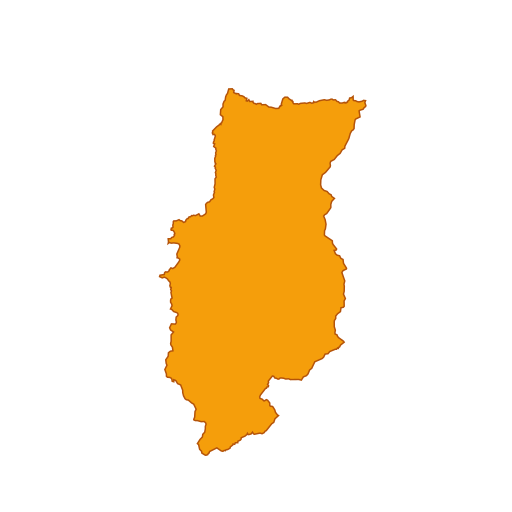 the district of Barbosa, Antioquia, Colombia, rotated 127°
{"feature_id": "7082276B32709171288134", "entity_name": "Barbosa", "entity_type": "district", "adm_level": 2, "iso_a3": "COL", "parent_name": "Colombia", "parent_adm1": "Antioquia", "projection": "albers", "projection_center": [-75.359, 6.439], "detail": "fine", "context": "isolated", "style": "filled", "palette": "amber", "viewbox_px": 512, "rotation_deg": 127, "n_neighbors": 0, "source": "geoboundaries", "source_scale": "gbopen_adm2", "svg_char_len": 6122}
<svg xmlns="http://www.w3.org/2000/svg" viewBox="0 0 512 512"><g transform="rotate(127 256 256)"><path d="M298.8,333.7L297.4,333.3L296.8,331.5L295.0,329.5L293.1,326.1L292.8,324.6L293.8,322.8L295.1,322.1L302.1,320.4L303.9,318.5L304.9,318.0L304.4,316.8L304.4,315.0L305.5,314.3L307.5,314.1L313.8,314.0L316.1,314.9L316.7,316.8L319.4,316.9L319.9,316.5L322.0,316.9L323.2,318.8L324.4,318.9L326.0,318.1L329.1,321.1L330.5,320.6L329.9,317.7L328.1,316.5L327.7,314.9L327.6,312.9L328.3,311.1L328.6,309.0L329.6,307.8L331.6,306.9L332.6,305.4L332.1,304.9L332.4,304.5L334.2,303.9L334.7,302.5L336.3,302.0L340.1,297.7L341.6,298.1L342.7,297.6L344.3,296.4L345.1,294.4L346.3,293.1L349.8,292.4L349.4,291.1L349.9,288.3L348.9,285.2L348.9,284.0L349.7,283.0L350.8,282.6L352.8,283.0L355.3,281.5L356.7,279.8L357.4,279.5L358.9,279.4L361.1,282.7L365.3,281.8L366.5,279.7L366.3,276.1L370.1,276.3L375.1,272.5L377.3,271.5L378.2,270.5L379.1,267.9L381.7,265.3L383.6,267.1L386.0,267.7L388.9,265.8L393.2,265.6L395.8,263.1L396.8,261.4L401.5,260.5L404.1,256.6L406.0,255.1L406.1,253.8L404.8,251.6L404.6,250.5L405.0,249.1L406.5,247.5L405.9,246.0L404.3,247.2L403.9,246.0L403.8,244.9L405.1,241.8L404.3,238.6L407.3,233.8L409.2,232.3L411.3,229.7L412.7,226.7L412.7,225.1L411.8,223.3L412.1,219.0L411.8,216.6L414.4,211.6L416.9,211.1L421.6,208.0L423.9,207.4L424.3,206.9L423.9,205.3L422.7,203.7L421.3,200.1L419.3,197.7L419.6,195.7L420.3,194.7L422.6,193.9L424.6,192.4L427.6,190.9L430.5,191.2L432.8,189.9L436.2,190.3L441.1,189.9L441.2,188.3L444.3,184.7L444.7,182.0L446.0,180.6L445.6,176.6L444.9,175.8L443.7,175.0L442.3,175.3L441.7,174.9L440.1,175.4L432.8,171.8L432.6,166.5L431.9,164.9L430.4,164.4L429.9,163.3L428.7,163.3L427.7,162.2L425.1,161.1L423.8,161.6L420.9,160.8L420.0,161.2L419.2,159.7L417.6,160.1L416.1,158.2L414.9,159.0L412.4,157.7L411.3,157.7L410.0,158.4L406.5,156.4L403.9,155.8L402.8,156.1L403.3,154.7L403.0,154.3L401.0,152.8L398.8,152.8L399.5,151.0L399.4,150.1L395.0,146.2L394.3,144.2L392.2,143.2L390.4,143.3L389.3,142.7L380.5,142.5L378.2,141.7L374.6,142.9L369.9,142.0L370.0,143.4L369.1,146.4L367.6,148.4L366.3,151.7L366.4,152.8L367.2,153.8L367.2,154.9L365.1,156.6L364.2,160.0L364.5,161.3L366.5,162.0L367.0,162.7L366.6,164.7L367.3,167.1L366.3,168.3L364.3,168.8L356.0,168.7L355.3,168.1L354.0,168.4L353.0,167.5L351.9,168.0L351.6,169.5L349.6,169.7L348.5,170.9L342.0,170.7L341.4,169.5L342.1,167.4L341.4,166.3L341.1,164.3L340.4,163.6L338.9,163.3L338.2,162.4L337.0,160.4L336.4,158.3L334.4,156.0L334.0,154.2L328.9,147.6L327.8,145.1L324.0,145.4L321.2,143.7L318.9,143.5L314.7,144.6L312.2,143.9L305.1,145.4L298.2,141.5L296.1,141.1L292.8,141.8L290.7,139.7L287.9,139.6L282.8,136.6L282.0,135.6L280.4,135.5L280.2,134.7L279.4,135.1L278.3,134.5L276.3,134.9L271.8,133.7L271.4,134.8L271.5,140.9L271.1,142.5L270.2,143.9L270.7,145.8L269.8,146.8L267.5,148.0L265.4,150.9L261.5,153.9L260.2,154.6L258.0,154.7L256.0,156.2L253.0,156.1L249.6,155.1L246.2,157.0L244.4,155.4L243.1,155.3L238.9,158.6L236.2,159.0L233.8,163.2L231.0,164.4L227.0,167.3L225.6,168.8L222.5,170.1L217.5,177.5L215.3,177.7L212.0,176.0L211.3,176.3L209.2,181.7L206.4,184.4L206.8,186.9L205.5,189.4L206.5,191.6L206.4,193.9L204.5,197.0L203.1,195.6L201.9,195.8L200.4,201.4L199.7,202.7L197.9,204.2L198.4,213.0L198.1,214.0L194.5,216.5L192.6,216.9L188.5,219.2L185.4,222.6L183.4,226.0L181.7,226.0L179.6,225.1L172.9,225.3L172.1,225.5L169.8,227.3L166.8,228.4L162.8,228.0L162.9,231.3L161.9,232.9L162.3,235.0L161.7,238.1L162.7,241.1L162.3,244.6L160.3,247.2L156.1,250.1L151.2,251.9L147.4,250.8L140.2,250.4L139.0,251.0L137.3,252.7L135.5,253.3L131.8,251.6L126.9,251.5L123.4,250.6L119.4,251.1L116.6,250.0L114.8,251.1L106.5,252.5L101.4,254.5L98.4,254.9L96.7,254.3L95.2,254.4L91.9,256.7L87.6,258.8L86.6,258.8L82.3,256.6L78.1,261.0L76.8,260.6L74.4,258.8L72.3,258.9L70.7,258.4L69.7,258.8L68.0,261.4L66.0,262.0L67.0,263.8L68.3,264.2L71.0,266.5L71.9,268.4L72.0,269.8L73.0,271.4L72.9,272.3L70.1,274.5L72.1,275.0L73.5,276.3L75.2,275.5L77.7,276.0L78.0,275.6L79.1,275.9L80.2,276.9L79.8,277.4L80.1,277.9L82.0,279.2L83.5,281.3L83.2,282.9L83.8,284.4L83.4,286.5L84.9,288.3L84.9,289.6L85.6,290.5L87.2,291.4L89.1,293.2L90.1,295.5L93.8,298.8L97.1,300.6L97.6,301.7L98.4,302.0L98.1,302.8L99.2,302.5L100.4,303.3L100.9,305.4L103.7,307.4L104.4,309.1L107.4,312.4L109.1,313.2L109.4,314.4L111.7,317.4L111.3,318.9L110.4,319.5L110.6,320.5L110.0,320.9L110.4,321.6L110.6,324.0L110.2,326.3L111.3,327.9L111.9,328.6L114.4,329.1L119.5,327.2L120.1,326.2L121.3,327.0L121.7,326.5L122.4,327.0L124.4,326.7L126.4,329.1L128.0,333.4L129.3,335.3L129.3,339.4L131.8,342.5L131.2,344.0L133.5,346.7L134.6,347.0L134.8,348.6L135.3,349.4L135.0,351.1L134.3,351.5L136.4,354.0L135.5,355.8L137.5,356.1L137.9,357.2L135.6,358.2L136.4,360.3L136.0,361.5L136.5,363.6L137.7,365.8L136.9,367.5L138.1,369.6L138.4,369.5L138.9,372.2L136.9,373.2L137.1,374.5L136.7,375.5L139.0,378.3L143.3,376.6L145.0,376.6L147.2,376.0L150.3,374.3L151.6,374.6L154.5,373.8L156.7,372.1L160.3,372.3L164.6,369.5L164.7,366.3L167.0,364.4L170.5,363.6L171.2,364.0L172.1,363.2L172.7,364.4L173.2,364.2L176.6,365.2L182.3,365.9L183.3,364.9L184.0,365.0L184.9,363.3L184.0,362.8L184.2,361.2L184.8,360.6L188.4,359.3L188.9,358.8L190.7,358.5L191.7,357.8L191.3,356.5L194.0,355.7L194.0,353.0L194.9,352.4L195.9,350.9L198.0,350.3L199.1,349.0L200.0,349.0L200.6,348.3L202.8,347.7L205.6,345.5L205.7,344.9L206.4,344.5L206.5,343.5L209.3,343.2L209.5,341.8L210.4,341.5L211.5,339.4L213.9,338.6L214.4,337.6L215.8,336.7L216.9,335.2L219.0,335.2L223.0,332.1L226.3,330.7L227.3,329.2L229.9,328.1L230.2,327.4L232.9,326.7L234.7,324.8L236.5,325.0L238.1,325.8L240.8,325.7L242.0,326.8L243.7,327.3L245.2,327.2L251.0,322.0L252.7,321.6L256.4,322.9L257.7,324.6L256.7,327.0L260.1,328.6L261.1,330.5L262.1,330.9L262.4,331.7L264.0,331.9L265.1,333.0L266.9,332.7L267.4,333.4L269.6,333.6L270.9,333.0L272.7,333.9L272.6,336.4L273.4,337.9L273.3,339.3L275.9,340.8L277.5,342.8L278.2,342.8L280.2,341.4L281.3,341.1L283.0,339.6L283.9,339.7L284.7,340.4L286.2,339.7L286.4,339.2L285.5,337.7L285.7,336.4L286.7,334.6L287.1,334.2L287.9,334.4L288.4,333.6L290.4,333.4L292.0,334.5L293.5,334.5L295.1,336.5L297.5,334.3L298.8,333.7Z" fill="#f59e0b" stroke="#b45309" stroke-width="1.5"/></g></svg>